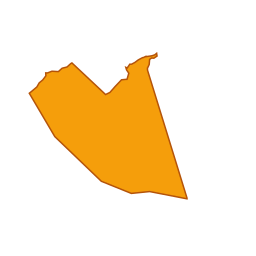 outline of Sulphur Springs, Soufrière, Saint Lucia, rotated 56°
{"feature_id": "8701671B77198875782479", "entity_name": "Sulphur Springs", "entity_type": "district", "adm_level": 2, "iso_a3": "LCA", "parent_name": "Saint Lucia", "parent_adm1": "Soufrière", "projection": "mercator", "projection_center": [-61.049, 13.841], "detail": "fine", "context": "isolated", "style": "filled", "palette": "amber", "viewbox_px": 256, "rotation_deg": 56, "n_neighbors": 0, "source": "geoboundaries", "source_scale": "gbopen_adm2", "svg_char_len": 752}
<svg xmlns="http://www.w3.org/2000/svg" viewBox="0 0 256 256"><g transform="rotate(56 128 128)"><path d="M78.6,73.1L78.3,75.1L78.3,75.6L77.8,76.6L77.4,80.2L77.3,81.4L77.3,81.9L77.5,85.6L77.1,89.2L77.0,89.6L76.1,90.8L77.8,95.1L76.5,95.9L79.0,96.7L83.0,96.7L87.1,101.6L86.3,102.9L84.4,106.4L86.4,115.4L88.4,123.1L87.7,127.9L81.4,129.3L42.7,138.1L42.6,139.4L43.3,144.5L41.6,149.2L42.3,154.2L38.4,159.3L37.3,164.0L36.3,165.4L38.8,166.9L40.5,171.9L40.9,176.3L43.0,180.6L43.7,187.1L44.0,190.4L94.2,193.5L157.3,179.9L184.1,161.8L192.8,145.6L219.7,118.7L219.2,118.3L91.0,79.5L89.2,78.4L89.2,78.2L87.2,74.9L83.2,71.7L83.2,69.3L84.6,67.5L84.6,63.7L82.1,62.5L82.3,64.9L81.5,67.8L78.9,73.2L78.6,73.1Z" fill="#f59e0b" stroke="#b45309" stroke-width="1.5"/></g></svg>